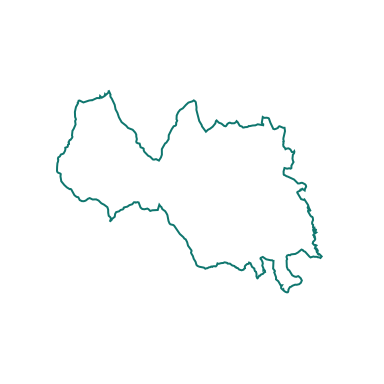 Sacuieu, Cluj, Romania, rotated 63°
{"feature_id": "2599482B66272084006020", "entity_name": "Sacuieu", "entity_type": "district", "adm_level": 2, "iso_a3": "ROU", "parent_name": "Romania", "parent_adm1": "Cluj", "projection": "robinson", "projection_center": [22.862, 46.778], "detail": "fine", "context": "isolated", "style": "outline", "palette": "teal", "viewbox_px": 384, "rotation_deg": 63, "n_neighbors": 0, "source": "geoboundaries", "source_scale": "gbopen_adm2", "svg_char_len": 5995}
<svg xmlns="http://www.w3.org/2000/svg" viewBox="0 0 384 384"><g transform="rotate(63 192 192)"><path d="M296.9,168.1L297.1,165.7L296.5,164.7L296.5,163.2L296.1,163.1L296.0,163.7L295.3,162.8L293.6,163.1L293.8,163.8L292.3,163.0L289.5,162.8L287.9,161.4L286.2,160.9L283.9,160.9L282.6,161.3L281.9,160.7L282.0,158.4L285.7,156.4L288.6,152.8L289.2,151.6L290.2,151.1L290.4,150.7L297.1,154.5L299.8,154.0L300.5,154.3L300.9,155.2L306.1,155.8L308.0,156.8L310.7,155.6L315.4,155.4L316.0,154.1L317.0,155.7L318.1,156.2L319.0,156.0L320.5,155.4L320.3,154.8L321.4,155.1L323.4,154.1L324.6,152.9L324.8,152.1L324.2,151.3L322.7,150.3L321.2,148.0L321.4,146.4L321.1,145.2L321.4,142.2L322.2,140.8L322.8,138.4L322.3,136.2L320.7,134.3L318.1,134.3L315.3,135.4L315.1,135.9L314.9,137.7L313.8,139.1L311.7,140.5L306.0,140.9L304.6,141.8L301.8,141.5L295.9,138.8L295.0,137.7L292.7,137.3L291.8,136.1L292.0,134.3L292.9,133.4L292.6,132.0L294.1,128.0L294.0,125.1L293.0,120.6L293.9,119.7L295.1,119.5L296.7,118.3L302.8,116.7L304.1,116.1L304.6,113.1L305.4,112.2L306.5,110.0L307.2,109.6L308.1,108.2L309.1,107.5L308.3,105.7L305.2,106.7L305.0,107.0L305.2,107.9L305.1,108.1L305.1,107.6L304.4,107.9L304.0,107.5L302.4,108.1L301.2,107.8L301.1,107.0L301.4,106.6L301.2,106.5L299.3,106.7L299.5,107.6L297.8,108.0L297.2,107.0L296.6,106.9L296.1,105.4L295.3,106.0L294.5,107.3L292.6,107.8L291.3,106.6L290.7,104.6L289.8,103.5L287.9,103.6L287.9,102.9L286.9,102.8L286.8,103.2L285.4,103.5L284.7,102.0L284.8,101.0L284.5,99.8L282.9,101.6L280.7,101.3L280.2,100.4L282.5,99.2L281.9,98.7L279.9,99.9L279.2,99.2L278.5,100.2L276.2,99.0L275.3,99.4L274.4,99.2L273.3,98.5L272.0,96.9L269.9,96.1L268.8,96.1L268.1,96.8L266.7,97.2L262.2,97.4L261.6,97.3L260.4,95.9L258.5,96.1L257.7,95.3L260.3,95.3L261.1,95.7L263.0,95.0L259.3,95.0L256.1,94.5L249.6,95.2L249.7,96.1L247.9,98.0L240.3,98.5L239.8,98.0L239.9,94.5L239.1,94.3L239.2,93.2L239.6,92.7L239.3,92.2L241.8,90.9L240.5,89.9L239.1,87.9L237.8,87.5L236.4,87.8L234.0,89.5L233.4,90.5L233.2,92.2L232.5,93.7L227.2,95.4L221.6,99.8L220.9,100.6L219.2,101.6L218.7,102.2L217.9,102.3L215.3,101.1L212.6,98.7L214.4,96.7L215.0,94.6L216.0,93.5L215.8,92.6L213.6,91.4L211.4,87.9L210.1,87.9L207.8,87.3L204.6,85.2L203.8,83.5L202.6,82.5L202.1,82.4L202.5,83.2L202.3,84.0L201.6,84.9L198.8,85.0L197.0,86.1L196.3,87.8L196.3,89.3L194.9,89.2L192.9,89.8L191.1,89.2L189.8,88.1L188.7,87.9L188.5,87.2L186.5,86.7L185.5,86.1L180.0,81.5L176.8,80.4L176.1,81.7L173.2,84.1L173.1,85.1L173.8,86.1L173.9,87.8L173.6,89.9L172.7,90.9L165.8,90.7L161.4,90.1L160.5,90.7L159.7,91.8L158.7,94.0L157.3,94.9L161.9,98.3L162.7,98.4L164.0,97.8L164.8,98.3L161.5,102.7L161.4,105.2L160.3,107.7L159.5,110.7L159.0,111.4L159.2,112.0L159.1,113.6L158.3,115.2L158.1,116.6L157.7,117.3L156.3,117.8L154.6,119.4L150.5,119.6L149.1,120.1L149.8,121.4L149.9,123.2L148.8,125.5L147.4,126.8L147.2,127.8L147.4,129.5L148.6,131.5L148.7,132.2L147.8,133.3L144.5,134.7L142.4,136.6L139.4,137.6L139.7,138.5L141.5,140.1L143.2,143.9L143.8,147.2L143.8,149.5L144.6,152.2L138.1,153.3L136.8,153.0L132.0,153.3L120.8,150.8L118.5,149.5L113.8,147.9L113.0,147.9L111.2,148.8L111.4,150.5L110.7,154.6L111.6,157.8L113.3,162.2L113.4,165.3L114.7,168.1L116.9,170.9L120.2,172.8L121.7,172.8L123.1,174.7L124.4,175.3L125.2,176.0L125.4,176.7L125.1,178.5L126.8,181.5L130.8,186.9L134.4,188.9L136.4,192.5L136.5,193.9L140.1,199.4L145.1,201.9L147.1,204.0L149.0,207.2L146.4,209.1L145.9,211.2L145.2,212.1L141.6,213.2L139.8,214.6L134.4,216.2L133.0,216.1L131.4,215.4L130.5,215.9L128.8,217.5L125.1,216.7L124.0,218.1L122.8,219.0L121.8,218.8L119.8,217.1L117.4,216.5L115.5,215.6L113.3,215.6L109.6,216.6L105.9,219.9L103.0,220.6L97.8,223.0L92.3,223.2L87.6,222.5L83.7,222.6L79.2,221.3L72.3,221.1L70.6,221.4L69.3,221.2L68.3,220.4L64.4,220.2L64.4,220.6L65.1,220.9L65.5,221.5L65.9,222.9L66.4,224.9L65.4,225.1L66.8,226.3L67.0,229.6L64.8,230.3L66.5,231.6L65.1,234.1L64.9,239.5L64.6,239.7L63.8,242.1L62.9,248.1L59.5,250.6L59.2,251.6L60.0,252.3L60.6,253.3L61.2,253.3L63.6,256.8L67.5,260.0L72.1,262.1L74.5,262.4L75.7,263.9L79.0,265.1L82.0,268.7L83.2,270.7L87.2,273.3L88.6,273.5L89.3,274.3L90.4,276.6L90.2,277.4L91.6,279.4L92.3,279.3L93.4,279.8L93.5,281.0L95.1,282.1L95.3,282.5L95.0,284.8L96.6,285.5L97.8,286.6L99.4,289.0L99.1,291.9L100.3,293.6L100.5,295.5L101.7,296.5L102.5,296.5L104.1,297.6L105.2,298.8L108.4,300.8L111.9,302.7L112.8,302.9L113.9,302.6L115.9,300.9L116.4,300.8L118.4,302.1L123.1,303.6L127.8,302.6L131.1,301.4L133.9,299.7L134.2,298.8L134.9,298.4L141.5,298.2L143.9,297.1L145.1,295.7L148.2,295.7L150.2,294.2L151.1,292.5L151.4,290.7L150.8,287.6L151.0,285.9L153.5,284.0L155.1,280.7L157.2,279.1L160.9,277.9L163.4,276.1L167.1,274.3L169.6,274.7L172.5,276.1L175.4,277.0L177.2,276.3L178.6,276.2L180.3,277.6L181.0,278.8L180.5,276.5L179.7,275.4L179.0,272.1L176.6,270.4L175.5,268.7L176.1,265.7L175.6,263.8L176.1,261.6L175.7,260.4L175.0,260.0L174.9,259.5L175.7,256.2L175.3,253.7L175.8,250.8L174.8,248.4L175.4,247.2L175.9,247.0L176.3,245.2L177.1,244.3L182.5,244.9L184.6,244.0L185.8,242.2L186.5,239.3L187.5,238.6L189.9,237.8L190.3,235.6L192.5,230.7L188.5,226.9L190.5,226.6L191.4,226.1L193.8,226.2L197.0,224.6L199.5,224.4L201.4,224.4L207.2,226.1L209.9,226.3L211.0,225.9L212.9,223.7L213.9,223.2L223.9,221.9L228.3,220.2L230.0,220.0L231.4,219.1L234.5,219.1L238.0,219.9L243.8,219.0L244.4,219.2L245.4,220.3L246.3,220.5L249.6,220.3L252.3,220.8L255.8,220.5L258.9,221.1L260.3,220.7L261.9,219.4L264.8,215.7L266.4,215.0L266.5,213.9L266.9,212.8L266.8,211.2L267.3,209.6L267.1,208.7L267.9,208.0L267.7,207.2L268.2,205.9L269.1,204.6L268.7,203.3L267.2,201.7L268.1,200.9L268.6,198.4L269.4,196.4L269.4,195.1L269.9,194.3L271.1,192.9L271.9,192.8L273.1,190.7L275.7,189.5L277.2,187.8L278.9,187.4L279.1,186.8L280.1,186.5L280.5,185.8L282.5,185.2L284.3,183.3L284.6,181.3L284.0,180.3L284.0,179.4L282.4,178.8L281.8,178.0L281.2,175.6L281.7,174.1L280.8,173.2L282.0,172.2L285.9,172.5L288.5,171.2L289.3,171.6L291.2,171.8L292.1,171.2L294.3,171.7L296.5,172.9L298.5,173.0L298.7,172.8L298.6,172.5L297.1,170.1L297.5,169.4L296.9,168.1Z" fill="none" stroke="#0f766e" stroke-width="2"/></g></svg>